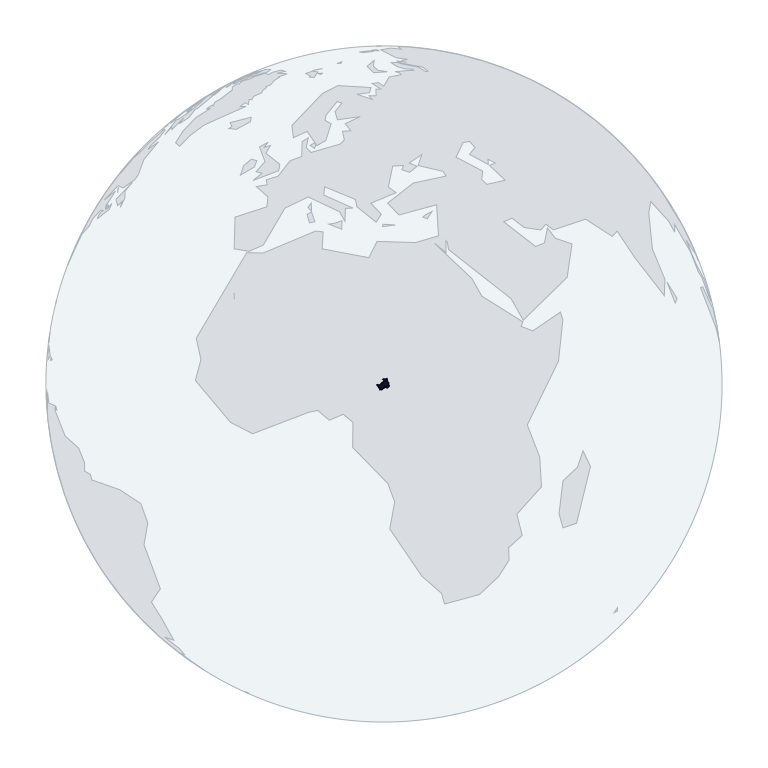 Logone Oriental on an orthographic globe, rotated 347°
{"feature_id": "TCD-1485", "entity_name": "Logone Oriental", "entity_type": "Prefecture", "adm_level": 1, "iso_a3": "TCD", "parent_name": "Chad", "parent_adm1": "", "projection": "orthographic", "projection_center": [16.421, 8.298], "detail": "fine", "context": "on_globe", "style": "filled", "palette": "ink", "viewbox_px": 768, "rotation_deg": 347, "n_neighbors": 0, "source": "natural_earth", "source_scale": "10m", "svg_char_len": 9653}
<svg xmlns="http://www.w3.org/2000/svg" viewBox="0 0 768 768"><g transform="rotate(347 384 384)"><circle cx="384" cy="384" r="338" fill="#eef3f6" stroke="#a8b0b8"/><path d="M267.8,66.7L271.0,65.5L278.0,63.1L283.6,61.4L284.8,61.1L275.1,64.3L273.0,64.9L270.8,65.8L265.4,67.7L268.8,66.6L256.8,71.2L270.3,66.5L262.2,70.2L253.8,73.4L252.6,73.1L240.5,78.1L267.8,66.7ZM199.5,100.9L193.1,105.4L184.2,111.6L173.6,120.0L179.4,115.9L189.7,108.1L197.9,103.7L209.6,95.8L214.7,93.2L227.5,86.1L227.7,87.4L220.9,93.0L210.2,99.4L206.9,102.4L218.8,97.2L200.6,111.2L191.6,124.9L186.7,129.2L173.9,134.2L169.5,130.9L153.0,141.6L165.8,135.5L153.2,147.8L152.0,150.7L154.0,151.0L159.5,146.9L155.7,151.9L141.6,158.7L144.9,154.3L149.3,151.8L147.1,150.8L137.5,157.4L132.0,164.1L123.4,170.0L119.3,175.3L115.1,180.2L122.3,171.1L109.3,188.1L102.5,197.1L118.6,174.8L136.5,153.9L156.1,134.5L177.1,116.8L199.5,100.9ZM52.1,320.3L52.5,318.6L54.2,313.5L50.5,332.9L54.3,316.6L53.3,327.2L58.9,331.5L57.5,335.6L61.6,362.9L72.1,377.9L74.5,393.4L72.7,401.7L77.6,406.0L77.8,411.8L102.9,427.7L120.2,446.0L122.6,466.2L114.0,486.7L120.0,533.3L108.3,544.1L114.6,562.3L121.6,586.5L113.3,581.1L125.3,596.0L128.6,602.6L125.8,601.1L133.6,610.4L132.0,609.1L139.0,616.5L144.0,621.9L125.6,601.7L108.8,580.2L93.9,557.3L80.8,533.3L69.8,508.3L66.5,499.8L64.3,493.4L57.0,469.4L51.6,444.9L48.0,420.1L46.3,395.1L46.4,370.0L48.3,345.0L52.1,320.3ZM70.1,258.8L67.1,267.6L66.9,267.2L70.1,258.8ZM226.6,86.0L227.0,86.1L224.4,87.3L226.6,86.0ZM231.7,83.1L228.3,84.6L230.3,83.4L232.3,82.6L231.7,83.1ZM235.4,81.7L234.2,81.4L237.7,79.5L248.3,74.9L235.4,81.7ZM274.8,64.2L272.3,65.1L272.9,64.9L274.8,64.2ZM296.8,57.5L297.5,57.5L294.0,58.3L286.2,60.6L286.7,60.4L296.8,57.5ZM292.4,58.9L297.7,57.6L294.1,58.9L286.4,60.6L292.4,58.9ZM284.3,63.9L284.7,63.0L289.9,61.3L284.3,63.9ZM299.9,57.1L301.2,56.7L303.3,56.1L305.9,55.7L299.9,57.1ZM319.7,52.3L320.6,52.1L321.5,51.9L312.2,53.8L313.0,53.6L319.7,52.3ZM315.0,53.7L303.1,56.8L301.3,58.4L296.6,59.7L300.4,57.1L315.0,53.7ZM314.2,53.5L313.6,53.8L308.1,55.0L305.0,55.6L314.2,53.5ZM315.5,53.8L318.4,53.1L316.1,53.8L315.5,53.8ZM327.3,50.9L326.3,51.0L329.0,50.6L327.3,50.9ZM324.9,51.9L321.1,52.8L318.9,53.0L324.9,51.9ZM326.9,51.2L330.8,50.6L320.4,52.5L326.0,51.3L326.9,51.2ZM330.0,50.5L331.2,50.3L330.0,50.5L330.0,50.5ZM335.4,51.1L322.9,53.5L318.1,53.7L330.9,51.3L335.4,51.1ZM180.1,653.4L179.1,652.2L181.8,654.1L183.2,655.5L180.1,653.4ZM483.7,61.1L478.8,59.7L478.5,59.5L483.7,61.1ZM699.1,262.0L697.7,258.6L702.0,271.4L710.5,297.0L715.8,320.1L718.0,335.1L716.8,327.5L710.7,311.7L714.9,336.3L719.7,354.7L721.6,378.3L720.2,372.2L717.7,351.7L715.5,345.4L712.3,324.0L703.1,294.1L701.4,301.5L697.9,289.2L685.0,266.3L680.5,276.6L675.9,313.0L681.3,345.3L677.0,361.0L656.8,317.3L645.6,287.5L639.6,291.6L617.6,268.8L583.6,271.9L577.6,264.7L571.4,269.2L555.8,263.0L546.1,251.2L537.2,252.9L562.7,284.2L572.1,282.6L578.3,268.8L583.8,280.6L598.7,289.8L586.5,321.2L534.0,353.2L527.0,329.4L477.2,267.6L477.6,260.4L477.3,259.6L476.6,258.2L474.0,270.0L464.8,258.2L493.4,301.1L499.1,320.4L533.3,354.7L530.6,358.8L541.0,365.7L572.1,353.6L572.7,361.7L559.2,400.9L514.4,456.1L519.3,490.2L514.3,519.6L484.2,540.7L484.6,562.7L468.7,571.4L466.2,583.8L452.2,597.5L429.6,610.6L393.5,612.0L393.0,601.0L377.6,579.7L357.0,526.5L367.9,501.4L365.4,481.9L339.2,438.8L345.1,414.4L337.6,404.3L322.5,407.0L313.6,394.9L304.3,394.6L244.8,402.9L225.8,386.8L201.0,338.1L211.1,319.1L211.4,297.1L279.7,225.2L295.9,229.2L351.7,219.6L358.9,222.1L354.2,238.4L397.6,257.5L409.3,243.5L446.7,253.3L470.4,251.9L475.6,221.2L436.7,222.7L428.2,208.6L457.8,194.8L491.4,195.3L489.2,190.0L466.4,178.8L472.5,168.9L458.3,174.3L465.2,179.4L456.5,183.5L449.6,179.2L452.1,175.5L441.5,173.6L432.6,193.0L438.7,200.3L411.9,204.9L419.5,218.0L412.8,224.6L397.4,205.1L397.7,197.8L370.5,178.5L367.8,186.3L393.3,205.6L386.0,204.2L382.5,216.6L379.5,206.2L352.3,184.7L327.1,190.3L297.7,221.4L282.4,224.4L268.4,218.6L276.4,187.9L309.7,185.0L313.0,175.7L304.0,162.9L314.9,163.6L315.3,158.6L327.6,157.6L342.8,145.3L355.0,143.8L358.8,129.4L365.6,127.2L361.4,136.0L365.0,142.0L395.1,140.4L400.3,137.2L400.4,128.4L408.6,129.8L404.9,121.6L421.1,118.1L398.1,116.1L397.6,107.5L406.2,100.9L401.9,98.2L387.9,109.1L386.0,114.0L391.0,118.5L382.2,133.6L372.3,136.6L365.9,120.6L351.1,123.6L352.5,111.3L389.6,87.0L406.2,82.9L438.0,92.2L435.4,96.9L422.7,95.6L436.4,104.0L434.3,99.8L441.2,101.4L442.4,95.0L447.4,95.9L440.1,88.6L446.3,89.1L450.8,93.7L457.9,86.1L470.1,86.4L469.3,84.4L465.1,82.1L483.5,84.9L482.1,83.4L475.5,81.8L468.5,77.9L463.3,72.6L469.9,73.8L472.7,75.9L488.6,82.8L495.0,89.0L497.2,89.1L493.2,84.1L473.8,75.5L468.8,72.1L478.5,75.4L474.6,73.9L474.2,72.7L480.0,72.9L469.6,69.1L456.0,57.7L465.9,58.2L476.0,61.6L473.5,58.4L484.7,61.4L508.6,69.9L531.7,80.1L554.0,92.0L575.4,105.5L595.7,120.6L614.8,137.2L632.6,155.2L649.1,174.4L664.0,194.8L677.4,216.3L689.1,238.7L699.1,262.0ZM258.5,261.4L257.1,267.9L258.5,261.4ZM529.0,212.6L547.9,212.7L536.0,194.8L542.2,193.7L535.9,188.5L535.0,193.6L519.0,179.5L525.9,174.0L521.9,166.8L515.3,166.6L505.2,179.2L528.1,198.8L525.2,206.5L529.0,212.6ZM59.2,331.5L59.4,335.8L58.1,335.1L59.2,331.5ZM62.9,278.7L62.7,279.2L62.9,278.7ZM65.6,283.0L66.2,285.8L64.5,286.1L65.6,283.0ZM66.3,270.4L65.1,281.5L62.1,284.7L63.3,278.1L63.9,278.0L66.3,270.4ZM82.4,231.7L82.3,231.8L83.8,228.8L82.4,231.7ZM154.1,147.4L155.1,147.0L155.9,148.4L153.2,149.9L154.1,147.4ZM173.4,144.4L166.8,152.6L169.6,147.3L164.6,150.3L164.3,143.9L184.2,131.0L175.2,137.6L173.4,144.4ZM169.5,133.1L167.4,137.8L168.9,133.3L169.5,133.1ZM305.4,135.1L310.3,137.8L306.6,143.4L291.1,148.2L296.3,139.7L305.4,135.1ZM318.1,140.6L316.0,125.0L325.5,122.4L320.5,126.3L327.0,126.1L320.8,132.6L331.9,146.4L329.4,152.5L302.2,156.2L312.5,151.2L307.1,148.4L318.1,140.6ZM293.7,99.0L292.9,94.7L314.6,94.2L312.9,98.4L297.3,102.6L290.3,100.2L293.7,99.0ZM254.4,74.7L252.7,74.8L255.4,73.7L259.1,72.6L254.4,74.7ZM284.1,63.6L264.7,73.4L261.8,73.9L254.0,80.4L243.2,84.4L248.6,79.8L234.5,88.4L235.0,85.9L226.3,91.9L239.5,81.3L239.5,80.2L243.6,79.7L253.5,75.9L257.8,73.9L269.9,67.9L274.6,64.7L285.2,61.3L291.4,59.8L291.9,60.0L284.9,61.9L290.5,60.9L280.7,64.0L284.1,63.6ZM358.1,57.2L349.7,57.1L359.5,60.0L349.7,61.2L351.5,61.5L345.1,63.7L340.5,67.2L335.8,67.6L336.0,68.9L331.8,70.7L330.5,72.8L321.6,74.4L319.3,77.3L316.4,76.5L314.8,81.2L312.0,78.6L306.4,81.4L312.1,82.4L267.3,91.1L250.7,98.4L238.4,106.4L235.2,102.1L244.8,92.5L260.6,82.1L277.0,76.4L272.6,76.1L279.2,73.5L279.9,74.8L282.7,71.3L288.3,69.7L302.4,63.4L302.9,60.5L308.1,58.6L310.7,59.0L314.0,56.9L322.4,56.6L326.3,55.4L338.4,54.4L341.2,56.6L345.3,55.2L354.7,55.0L358.1,57.2ZM338.7,50.8L344.2,52.0L341.5,53.7L321.5,54.9L316.8,56.0L303.9,57.9L308.0,55.8L311.3,55.3L315.5,54.5L312.5,55.4L318.0,54.0L322.8,53.6L328.3,52.5L328.6,53.1L338.7,50.8ZM366.2,215.8L371.6,216.3L379.8,215.4L377.7,223.7L366.2,215.8ZM347.3,201.3L352.1,200.1L353.2,210.3L347.6,210.2L347.3,201.3ZM353.8,191.3L352.3,199.3L349.7,194.9L353.8,191.3ZM365.7,134.8L370.7,133.5L371.6,135.6L369.3,138.8L365.7,134.8ZM384.9,69.6L380.6,68.3L381.8,67.6L377.7,63.8L384.6,63.1L389.8,65.1L384.9,69.6ZM469.5,226.7L463.3,232.8L459.4,230.1L462.4,228.5L469.5,226.7ZM418.8,228.1L430.8,231.6L418.1,230.4L418.8,228.1ZM391.8,68.2L389.3,66.5L394.3,67.3L391.8,68.2ZM389.4,62.5L395.1,62.9L384.9,62.6L389.4,62.5ZM561.2,654.5L560.5,657.7L556.7,658.6L561.2,654.5ZM566.6,510.8L540.3,563.0L526.0,564.4L525.4,549.9L536.5,518.7L553.8,508.6L562.9,493.9L566.6,510.8ZM719.4,424.8L719.5,424.2L719.4,424.8ZM720.2,417.9L720.2,404.6L714.1,361.4L716.4,361.0L721.6,385.6L721.4,390.7L721.5,401.6L720.2,417.9ZM682.6,348.2L688.8,366.6L685.9,370.5L682.6,348.2ZM703.9,275.3L704.2,276.1L702.6,271.3L701.9,269.3L703.9,275.3ZM447.2,66.4L445.2,71.9L448.4,76.8L457.4,80.5L443.9,78.3L439.0,70.6L447.2,66.4ZM454.2,58.3L446.3,56.1L450.1,56.3L452.5,56.8L454.2,58.3ZM449.1,57.5L438.7,56.5L434.5,54.9L443.6,55.9L449.1,57.5ZM415.4,60.5L414.3,61.9L410.3,61.1L415.4,60.5ZM454.4,53.5L458.0,54.3L454.3,53.5L451.9,53.0L454.4,53.5Z" fill="#d9dde1" stroke="#a8b0b8" stroke-width="1"/><path d="M388.7,386.9L388.6,387.0L388.4,387.2L388.2,387.5L387.9,387.7L387.7,387.5L387.4,387.7L387.3,387.8L387.2,387.8L386.9,387.9L386.7,387.9L386.6,388.0L386.5,388.3L386.4,388.3L386.2,388.4L386.1,388.5L386.0,388.4L385.9,388.2L385.7,388.0L385.6,387.8L385.4,387.8L385.2,387.7L385.1,387.4L385.1,387.2L384.9,387.1L384.7,387.0L384.7,386.9L384.8,386.7L384.7,386.5L384.4,386.6L384.3,386.8L384.2,386.9L384.2,387.0L383.9,387.0L383.8,387.6L383.7,387.7L383.2,387.8L382.9,388.0L382.7,388.0L382.3,388.1L381.9,388.2L381.7,388.3L381.5,388.5L381.4,388.6L381.2,388.7L381.1,388.8L380.3,389.0L380.1,389.0L379.9,388.9L379.6,388.6L379.3,388.6L378.9,388.6L378.7,388.6L378.7,388.3L378.9,387.9L379.0,387.6L379.0,387.0L378.9,386.9L378.7,386.9L378.3,386.7L378.1,386.2L377.7,384.9L376.9,383.3L377.0,383.2L377.3,383.1L377.5,383.2L377.7,383.3L378.2,383.6L378.4,383.7L378.5,383.7L378.6,383.8L378.8,383.9L378.7,384.0L378.8,384.1L379.0,384.1L379.3,384.2L379.6,384.1L379.8,383.9L380.0,383.9L380.3,383.9L380.5,383.9L380.7,383.6L380.8,383.3L380.9,383.2L381.4,382.9L381.6,382.7L382.1,382.4L382.4,382.2L383.2,382.0L383.7,381.9L383.8,381.9L383.8,381.7L384.1,381.5L384.4,381.4L384.5,381.3L385.0,380.6L385.0,380.4L384.9,380.3L384.9,380.2L384.7,380.1L384.5,379.9L384.4,379.7L384.2,379.5L384.2,379.3L384.1,379.2L384.6,379.0L384.9,379.1L385.1,379.1L385.4,379.2L385.4,379.3L385.7,379.3L385.9,379.4L386.9,379.6L387.1,379.7L387.4,379.6L388.0,379.4L388.1,379.8L388.1,381.1L388.0,381.3L387.7,381.9L387.6,382.0L388.8,384.0L388.7,384.2L388.7,384.3L388.6,384.5L388.4,384.7L388.4,384.8L388.2,384.8L387.9,384.9L387.9,385.0L388.7,386.9L388.7,386.9Z" fill="#0f172a" stroke="#020617" stroke-width="1.5"/></g></svg>